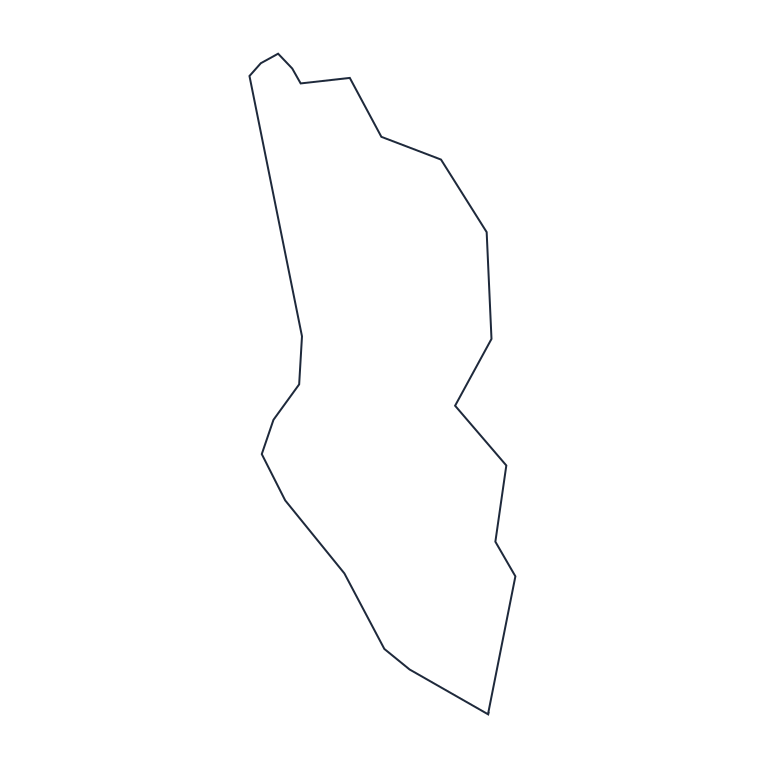 North Down, orthographic projection, rotated 268°
{"feature_id": "GBR-2098", "entity_name": "North Down", "entity_type": "District", "adm_level": 1, "iso_a3": "GBR", "parent_name": "United Kingdom", "parent_adm1": "", "projection": "orthographic", "projection_center": [-5.72, 54.647], "detail": "fine", "context": "isolated", "style": "outline", "palette": "slate", "viewbox_px": 768, "rotation_deg": 268, "n_neighbors": 0, "source": "natural_earth", "source_scale": "10m", "svg_char_len": 473}
<svg xmlns="http://www.w3.org/2000/svg" viewBox="0 0 768 768"><g transform="rotate(268 384 384)"><path d="M50.2,476.6L97.8,399.6L119.2,375.1L196.1,337.8L271.1,281.2L318.2,259.4L352.1,272.3L386.6,299.2L434.5,303.7L696.5,260.3L708.9,272.1L717.8,289.7L702.5,303.3L687.3,311.2L691.1,360.5L631.1,390.0L606.3,448.8L532.2,491.9L425.3,493.0L359.8,454.3L298.3,503.4L222.5,489.8L187.2,508.6L52.0,476.8L51.9,477.1L50.2,476.6Z" fill="none" stroke="#1e293b" stroke-width="2"/></g></svg>